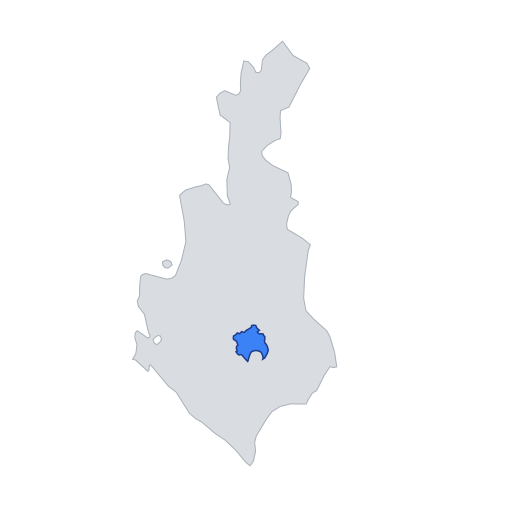 location of Aparan, Aragatsotn, Armenia, rotated 231°
{"feature_id": "60910142B24398064358577", "entity_name": "Aparan", "entity_type": "district", "adm_level": 2, "iso_a3": "ARM", "parent_name": "Armenia", "parent_adm1": "Aragatsotn", "projection": "equal_earth", "projection_center": [44.404, 40.525], "detail": "fine", "context": "in_parent", "style": "filled", "palette": "blue", "viewbox_px": 512, "rotation_deg": 231, "n_neighbors": 0, "source": "geoboundaries", "source_scale": "gbopen_adm2", "svg_char_len": 2966}
<svg xmlns="http://www.w3.org/2000/svg" viewBox="0 0 512 512"><g transform="rotate(231 256 256)"><path d="M230.5,305.3L227.0,299.6L209.4,280.8L193.1,266.4L182.0,260.4L170.7,261.1L153.3,263.9L146.9,262.7L131.7,256.5L119.0,249.0L120.7,245.9L123.4,243.7L120.3,234.0L113.3,218.5L114.0,213.6L111.8,206.9L109.4,201.8L119.4,189.7L123.9,179.9L125.0,170.4L122.4,160.6L115.9,142.8L111.9,137.6L104.5,132.8L98.2,124.9L96.7,119.3L102.0,118.2L117.3,118.1L132.2,116.2L143.9,112.5L160.8,109.4L167.7,106.7L175.9,105.3L200.5,108.3L209.7,106.0L237.5,105.6L238.2,104.4L234.4,100.7L234.5,99.3L251.0,96.9L253.5,95.1L255.7,101.1L262.0,107.7L268.8,110.4L272.4,114.0L272.6,116.8L260.6,120.2L259.8,121.8L260.6,123.5L264.2,124.3L281.0,132.6L290.6,132.8L295.7,135.3L298.2,140.3L306.3,147.1L312.7,153.6L313.1,155.9L311.9,159.2L294.1,172.1L291.8,176.5L291.6,181.2L299.5,195.2L311.2,210.5L328.1,222.1L351.3,234.8L351.6,242.6L348.0,251.9L344.9,258.2L343.5,262.5L340.7,264.3L317.7,263.9L314.2,265.4L312.7,267.3L312.6,268.8L320.9,271.6L333.9,281.6L341.4,291.3L349.2,295.5L358.0,303.3L365.0,310.5L376.0,319.8L388.1,316.8L404.4,325.1L405.1,330.7L404.2,335.7L394.0,341.2L392.8,343.5L392.8,345.4L394.1,348.1L400.2,352.7L407.3,359.3L415.3,369.3L411.8,372.3L404.4,372.8L398.6,371.5L396.6,373.6L396.8,376.8L404.3,384.4L405.9,390.0L405.6,399.6L406.2,411.8L388.5,411.0L373.6,416.9L367.9,415.7L364.0,405.4L360.7,397.0L351.0,375.4L353.6,366.6L348.2,361.6L335.3,352.4L332.0,348.7L333.8,343.5L334.9,334.0L333.7,326.3L330.2,324.0L323.8,323.9L316.0,325.8L300.5,333.2L289.6,328.4L283.3,323.7L279.7,319.7L271.6,323.0L269.6,321.4L269.1,311.5L266.6,306.2L261.7,300.0L257.2,297.1L240.5,303.2L230.5,305.3ZM255.9,129.8L256.4,126.3L255.6,123.2L252.9,122.2L249.6,123.0L249.4,126.5L250.4,129.8L253.7,131.4L255.9,129.8ZM309.3,184.1L305.5,186.3L301.9,185.3L301.9,179.9L304.5,177.7L307.5,177.8L310.3,179.7L309.3,184.1Z" fill="#d9dde1" stroke="#a8b0b8" stroke-width="1"/><path d="M194.1,180.2L192.6,180.1L191.3,180.0L189.7,180.6L189.1,182.1L187.7,182.8L185.4,182.8L182.4,182.9L180.1,183.1L179.3,183.2L180.0,184.5L180.8,185.5L181.8,186.9L183.7,190.0L184.4,192.4L183.7,194.5L182.9,196.1L181.2,197.8L178.8,199.2L177.5,199.3L174.7,198.6L172.6,197.6L171.6,196.3L171.5,197.2L171.3,198.7L173.3,203.6L175.1,206.3L178.6,207.9L181.0,208.4L182.5,208.1L184.7,209.1L185.7,210.4L188.0,212.2L189.4,211.8L190.7,212.5L192.1,211.5L193.5,209.4L196.0,209.1L196.1,211.2L196.1,211.9L197.8,211.5L199.7,211.4L202.2,212.1L203.7,210.6L204.6,209.4L204.6,208.7L204.2,208.2L203.4,207.6L203.7,205.7L204.2,202.4L204.3,200.6L204.0,199.8L204.0,198.9L204.4,198.4L205.3,197.8L206.2,197.5L206.3,197.2L205.9,194.4L206.3,194.0L207.2,193.6L208.0,193.0L207.7,191.3L207.6,190.2L207.7,189.5L208.0,188.3L207.1,187.2L205.5,186.1L205.0,186.2L204.4,186.3L203.5,186.8L202.4,187.0L201.3,187.0L198.0,185.8L198.1,184.7L197.9,184.0L197.4,183.3L196.0,182.3L194.6,181.8L194.0,181.7L194.0,181.4L193.9,180.7L194.1,180.2Z" fill="#3b82f6" stroke="#1e3a8a" stroke-width="1.5"/></g></svg>